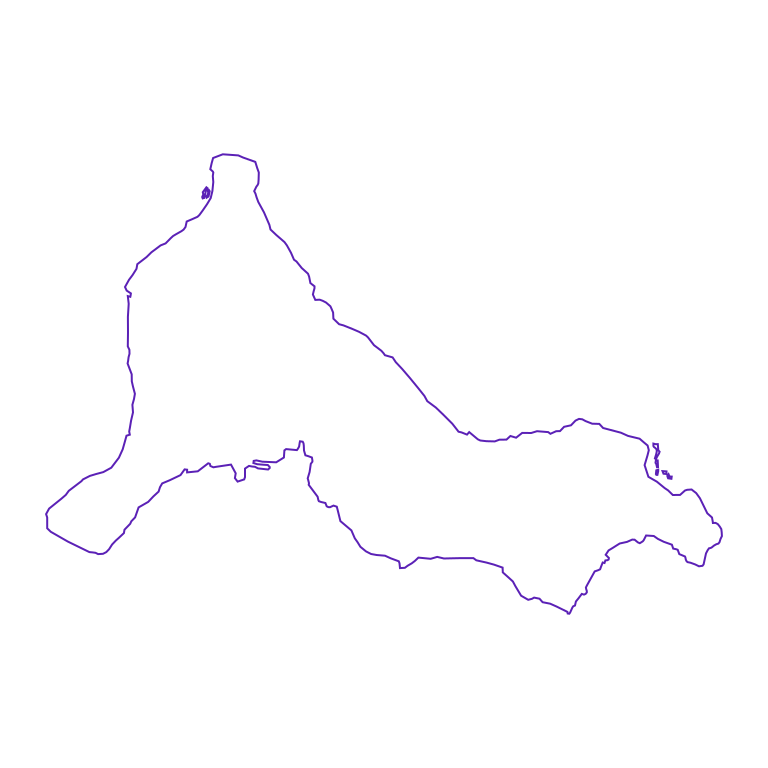 outline of Udot, Federated States of Micronesia
{"feature_id": "79324940B84620093973822", "entity_name": "Udot", "entity_type": "district", "adm_level": 2, "iso_a3": "FSM", "parent_name": "Federated States of Micronesia", "parent_adm1": "", "projection": "mercator", "projection_center": [151.721, 7.382], "detail": "fine", "context": "isolated", "style": "outline", "palette": "violet", "viewbox_px": 768, "rotation_deg": 0, "n_neighbors": 0, "source": "geoboundaries", "source_scale": "gbopen_adm2", "svg_char_len": 5625}
<svg xmlns="http://www.w3.org/2000/svg" viewBox="0 0 768 768"><path d="M300.0,441.3L302.7,441.7L303.5,443.3L303.8,445.6L304.0,450.5L305.4,455.3L308.1,456.1L311.9,457.5L312.4,460.3L312.4,461.7L310.8,463.8L309.6,472.0L307.7,478.4L308.0,479.3L309.0,483.2L308.7,484.8L317.6,496.7L318.4,500.2L318.9,501.2L321.1,502.0L325.4,503.0L326.7,506.3L328.3,507.1L330.0,507.2L333.5,505.6L336.8,506.7L337.8,510.6L340.4,521.1L351.4,530.4L354.8,538.3L357.5,542.1L360.4,546.8L366.0,551.4L371.1,554.0L376.6,555.0L385.0,555.7L390.7,558.3L398.8,561.3L399.5,563.3L400.0,568.1L404.9,567.8L407.7,565.7L411.8,563.3L414.8,561.0L418.4,557.6L430.7,558.8L437.2,556.9L444.0,558.5L447.3,558.4L461.7,558.1L473.4,558.1L476.3,560.3L486.6,562.6L493.9,564.6L502.6,567.6L502.8,572.4L509.2,578.1L512.9,581.5L515.3,586.0L521.1,595.7L524.9,597.9L528.2,599.8L532.0,598.8L534.1,597.6L539.5,598.7L542.6,602.2L550.2,603.7L556.7,606.6L567.4,611.9L567.7,613.5L569.3,613.7L570.1,612.6L572.4,607.5L573.2,606.3L575.0,605.5L575.9,601.5L578.5,598.3L581.8,593.9L584.0,594.6L585.6,593.9L586.8,592.4L586.8,591.0L586.2,589.1L585.9,587.5L586.9,585.5L594.7,571.4L597.9,570.3L600.1,569.3L601.0,566.8L602.7,562.5L604.5,563.0L605.4,560.4L607.5,560.2L608.6,559.5L608.9,558.0L605.7,554.8L608.6,550.4L612.9,547.8L616.2,545.7L619.7,543.5L627.0,541.9L632.2,539.6L634.6,539.7L637.9,542.4L639.8,543.2L641.1,542.4L642.8,541.3L643.7,540.2L646.1,535.5L653.8,536.0L657.9,538.9L663.8,541.8L671.9,544.7L673.2,548.6L676.1,549.2L677.7,549.8L679.3,554.1L682.4,555.4L685.0,556.5L685.4,557.5L685.8,559.6L686.5,561.1L687.5,562.1L690.4,562.7L695.1,564.4L699.0,566.3L702.5,565.8L703.6,564.4L706.0,553.4L707.6,550.3L709.0,548.3L710.1,548.1L711.5,547.6L714.1,545.5L716.4,544.2L718.4,543.6L719.5,542.2L720.5,539.0L721.9,536.1L721.7,532.3L721.3,529.1L719.7,526.5L717.8,524.1L715.6,522.9L712.9,523.0L712.7,521.3L712.0,517.5L707.3,513.3L699.9,498.2L696.2,493.1L693.1,490.7L691.6,489.5L687.2,489.8L685.0,490.5L680.1,494.9L672.8,495.0L668.1,490.4L664.7,488.1L656.9,481.7L648.4,476.8L646.8,471.9L644.6,465.1L647.5,455.4L648.8,450.2L647.6,445.5L644.0,442.5L639.6,438.7L628.0,435.9L620.9,432.7L603.1,428.0L599.3,423.9L592.2,423.7L585.6,421.1L582.3,419.3L579.0,418.9L575.5,420.6L571.0,425.3L564.1,426.8L560.0,431.1L556.2,431.2L550.4,433.8L548.2,432.1L537.0,431.2L531.2,433.0L522.2,432.9L516.1,437.7L510.4,436.0L506.5,439.6L499.4,439.7L494.8,441.4L486.6,441.2L480.3,440.5L477.8,439.3L469.2,432.1L467.0,434.6L461.5,432.4L458.5,431.7L457.7,430.6L452.3,423.7L443.4,414.8L435.8,407.5L427.3,401.2L424.4,395.9L417.6,387.4L410.8,379.1L410.5,378.7L402.1,368.9L395.8,362.2L392.6,357.4L384.9,355.2L383.6,353.3L381.4,350.8L374.0,345.2L368.0,337.4L366.1,335.6L359.0,331.8L352.5,329.0L343.5,325.4L339.1,324.2L333.4,318.7L333.1,312.5L331.5,308.7L330.4,306.3L326.0,302.5L322.7,300.8L319.7,299.7L315.3,299.9L312.9,294.5L313.7,291.1L314.3,289.0L314.5,288.1L314.5,286.3L310.4,283.1L309.1,276.6L308.0,273.7L301.7,268.0L296.5,261.5L294.0,259.7L291.0,252.8L286.9,245.4L284.5,242.1L276.3,235.0L270.5,229.5L269.4,224.9L264.0,212.4L258.3,202.0L256.6,197.4L255.5,193.7L254.2,191.1L256.4,186.6L257.5,185.2L258.3,183.5L258.6,179.7L258.8,172.5L257.2,168.0L255.3,161.9L243.0,157.5L238.3,155.4L222.8,154.3L213.1,158.0L211.7,163.0L210.3,169.2L212.8,171.5L213.3,172.5L212.8,176.1L213.3,182.0L212.4,191.0L210.7,198.1L207.1,204.1L202.7,210.5L199.4,215.0L197.5,216.8L191.9,219.3L186.7,221.5L185.5,227.0L183.6,229.6L181.4,231.2L176.1,234.2L173.1,236.0L170.8,238.1L165.6,243.4L160.6,245.4L151.4,252.3L146.5,257.1L137.3,264.2L136.5,268.8L132.6,275.0L129.0,279.8L125.0,287.0L126.7,290.6L130.9,293.4L130.6,295.5L130.3,296.8L127.8,296.1L128.7,303.8L127.9,316.9L128.0,332.7L127.8,346.4L129.4,349.8L129.5,353.8L128.6,357.1L128.1,360.9L127.6,363.5L131.7,374.3L131.8,381.3L132.9,386.2L134.9,393.8L134.0,399.0L132.4,404.8L133.0,412.4L131.1,420.5L129.8,428.3L129.2,431.5L129.8,434.7L126.5,435.7L124.6,442.6L122.7,449.3L118.9,457.7L111.3,467.7L103.3,472.1L96.2,474.0L89.9,475.9L83.0,479.4L81.4,481.2L68.8,490.8L65.8,494.9L61.4,498.7L49.1,508.6L46.1,514.1L47.2,517.5L47.2,528.3L50.8,531.8L67.9,541.6L89.4,552.1L92.5,552.4L95.5,552.8L98.1,554.1L103.0,553.8L106.3,552.1L109.1,549.2L112.1,544.5L115.9,540.5L118.7,538.0L123.9,533.1L124.5,529.7L130.2,523.8L131.3,521.3L135.1,517.4L138.6,507.4L148.2,501.9L153.4,496.4L158.6,491.6L160.0,487.2L162.2,483.4L169.8,480.2L180.5,475.1L184.6,469.4L187.1,469.7L187.1,472.4L197.8,471.3L208.2,463.3L209.8,463.8L210.4,466.0L213.4,467.3L215.6,466.9L231.0,464.6L235.7,473.3L234.9,478.1L237.6,481.6L244.2,479.4L245.0,477.1L245.0,468.6L249.0,465.9L252.0,466.5L255.0,466.8L258.0,468.4L265.3,469.2L268.1,469.5L269.7,468.0L269.7,467.0L267.8,465.0L263.2,464.7L257.2,464.2L253.4,463.0L253.7,460.9L256.4,460.4L262.4,461.7L276.2,462.3L283.9,457.5L284.4,450.4L286.1,449.1L296.9,450.1L297.8,448.9L299.1,446.6L299.7,442.6L300.0,441.3ZM655.7,444.2L653.4,443.6L653.4,446.0L653.9,446.9L655.2,447.9L656.7,449.5L656.7,451.9L656.1,454.5L654.9,458.4L655.9,459.2L657.3,456.3L659.0,453.5L659.6,451.7L658.3,450.3L657.8,444.1L655.7,444.2ZM202.7,198.4L204.1,198.0L205.5,192.7L205.8,190.9L207.5,188.2L206.4,187.3L202.8,192.2L203.3,194.4L202.2,197.0L202.7,198.4ZM657.0,467.2L658.0,467.1L657.7,460.4L655.9,460.2L655.5,462.8L656.3,464.1L657.0,467.2ZM671.4,478.8L671.7,476.6L669.5,476.5L668.5,474.1L667.4,475.4L667.4,476.3L668.1,478.3L671.4,478.8ZM206.6,197.7L208.5,196.5L209.7,191.2L208.8,189.9L207.7,190.8L208.0,191.7L208.3,192.8L207.4,195.2L206.3,196.4L206.6,197.7ZM666.4,474.0L666.5,471.4L662.5,471.1L663.5,473.7L666.4,474.0ZM657.4,474.9L658.2,471.2L658.2,469.7L656.3,470.3L655.9,474.1L656.4,474.9L657.4,474.9Z" fill="none" stroke="#5b21b6" stroke-width="2"/></svg>